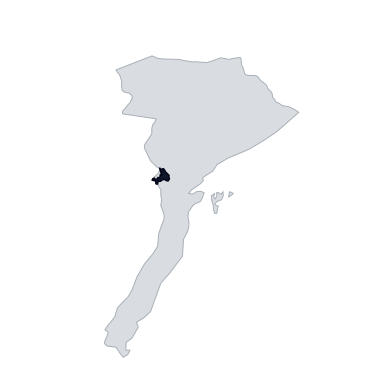 Tsorona, Debub, Eritrea shown in context, rotated 75°
{"feature_id": "51966322B5421024020858", "entity_name": "Tsorona", "entity_type": "district", "adm_level": 2, "iso_a3": "ERI", "parent_name": "Eritrea", "parent_adm1": "Debub", "projection": "mercator", "projection_center": [39.222, 14.605], "detail": "fine", "context": "in_parent", "style": "filled", "palette": "ink", "viewbox_px": 384, "rotation_deg": 75, "n_neighbors": 0, "source": "geoboundaries", "source_scale": "gbopen_adm2", "svg_char_len": 5506}
<svg xmlns="http://www.w3.org/2000/svg" viewBox="0 0 384 384"><g transform="rotate(75 192 192)"><path d="M54.4,233.8L53.0,221.2L52.1,212.8L51.1,203.8L50.2,195.4L54.2,190.2L56.1,185.3L60.9,169.3L62.8,166.1L66.6,157.5L67.1,155.0L70.9,144.1L70.5,136.9L69.8,129.6L71.8,125.3L73.6,121.8L73.5,118.9L74.3,112.1L74.9,110.4L77.1,110.3L81.7,111.2L85.1,110.5L88.9,110.5L91.9,110.3L93.7,108.2L96.1,100.2L97.7,98.6L98.9,98.1L102.4,96.7L105.3,94.3L107.7,92.7L108.6,92.3L111.1,92.1L113.6,91.2L114.8,90.0L118.0,89.1L121.1,89.6L123.2,88.7L124.6,88.0L126.2,88.0L127.6,87.0L128.2,85.6L129.2,84.7L131.6,82.7L132.7,81.1L133.2,79.6L133.7,78.4L134.8,76.4L139.1,71.3L142.7,68.3L155.5,94.1L160.7,109.2L165.3,125.0L168.7,148.7L172.0,160.7L177.2,166.6L180.8,177.8L183.8,178.2L186.0,181.3L189.8,191.8L192.6,195.7L194.0,192.4L193.9,190.4L192.8,187.2L193.8,183.0L195.9,180.5L200.8,183.9L203.4,186.5L204.1,191.7L205.2,194.5L210.3,200.6L214.6,202.3L220.2,202.8L224.8,204.1L228.6,206.3L235.6,212.5L251.5,217.8L264.4,234.3L272.0,245.7L296.8,263.0L301.1,271.2L303.4,279.3L308.6,278.9L317.6,287.8L320.2,294.5L327.5,296.9L328.8,292.9L332.4,296.2L333.8,301.2L329.1,303.3L323.9,305.0L323.2,305.0L321.4,307.3L319.0,313.7L316.3,315.5L314.9,315.7L306.8,309.7L305.5,309.4L303.8,310.6L302.5,311.8L298.7,307.3L296.0,303.3L292.1,298.5L288.4,296.4L284.4,293.7L280.5,287.5L276.5,280.6L270.6,274.9L259.4,266.8L249.2,256.5L241.5,245.7L236.4,240.1L234.3,238.7L223.9,235.1L216.6,230.2L211.1,226.1L207.6,225.0L204.3,224.9L197.2,225.7L191.3,223.2L188.9,223.2L184.9,222.4L181.8,221.5L178.2,222.6L170.7,224.4L167.7,224.0L166.0,221.5L165.0,219.5L162.4,217.5L160.3,217.5L159.1,219.3L151.3,223.9L138.3,226.4L135.2,226.2L132.9,224.4L126.3,216.6L124.4,215.3L122.9,215.2L119.9,214.2L117.0,212.7L114.5,209.5L112.0,207.7L109.3,214.0L104.5,225.0L102.0,230.9L98.7,238.5L97.7,238.7L96.0,238.2L89.5,228.7L85.4,225.1L82.4,225.5L80.1,227.2L78.7,230.4L77.2,232.3L75.6,233.1L72.0,232.7L66.5,231.2L60.9,231.5L55.1,233.7L54.4,233.8ZM207.7,170.6L209.4,172.9L210.6,172.7L211.6,171.9L212.3,170.3L219.0,173.6L218.6,175.7L214.6,175.8L210.0,174.9L205.7,175.2L200.6,174.3L199.4,170.6L202.7,172.4L204.4,171.9L204.7,171.5L202.4,169.0L199.1,168.5L199.4,166.5L200.8,165.7L201.7,164.8L199.8,162.1L203.5,162.7L205.8,164.3L207.3,166.2L207.7,170.6ZM204.9,153.6L206.3,157.8L202.2,156.2L201.5,155.3L203.3,153.6L203.7,152.6L204.9,153.6Z" fill="#d9dde1" stroke="#a8b0b8" stroke-width="1"/><path d="M170.0,209.9L169.9,209.9L169.1,210.4L168.9,210.5L168.7,210.6L168.3,210.8L167.8,211.1L167.5,211.3L167.3,211.4L167.2,211.5L166.9,211.6L166.5,212.0L166.4,212.0L165.8,212.3L165.4,212.4L165.1,212.4L164.8,212.5L164.7,212.6L164.1,212.8L163.9,212.8L163.0,213.1L162.9,213.1L162.7,213.2L162.5,213.3L162.2,213.5L162.0,213.9L162.0,214.0L162.0,214.3L162.2,214.6L162.3,214.8L162.4,215.0L162.5,215.2L162.5,215.3L162.5,215.5L162.5,215.8L162.4,215.8L162.3,216.0L162.2,216.0L161.9,216.1L161.8,216.3L161.6,216.3L161.4,216.3L161.2,216.5L160.9,216.7L160.9,216.8L160.7,216.9L160.7,217.0L160.8,217.0L161.0,217.2L161.4,217.1L161.5,217.0L161.8,217.0L161.9,216.9L162.0,216.9L162.1,217.0L162.3,217.1L162.5,217.1L162.8,216.9L162.9,217.0L163.0,217.0L163.3,217.2L163.5,217.1L163.8,216.9L164.0,216.9L163.9,216.8L164.0,216.8L164.0,216.7L164.2,216.8L164.2,216.7L164.3,216.7L164.4,216.8L164.6,216.8L164.8,216.9L165.0,216.8L165.1,216.7L165.3,216.6L165.5,216.5L165.7,216.4L165.8,216.5L165.8,216.4L165.9,216.5L166.1,216.5L166.3,216.5L166.5,216.6L166.8,216.5L166.8,216.8L166.9,217.0L167.0,216.9L167.1,217.0L167.2,216.9L167.3,216.9L167.3,217.0L167.3,217.4L167.2,217.7L167.2,217.8L167.2,218.0L167.2,218.3L167.3,218.4L167.5,218.5L167.8,218.4L168.0,218.3L168.1,218.2L168.2,217.9L168.3,217.8L168.4,218.0L168.5,218.0L168.6,218.3L168.8,218.3L168.8,218.5L169.0,218.8L169.1,219.1L169.1,219.3L169.3,219.5L169.4,219.9L169.4,220.0L169.5,220.0L169.6,220.3L169.5,220.5L169.5,220.9L169.6,221.0L169.8,221.3L169.7,221.5L169.8,221.6L170.0,221.9L169.9,221.9L170.0,222.0L170.3,222.2L170.3,222.4L170.4,222.5L170.4,222.9L170.4,223.0L170.5,223.0L170.5,223.3L170.5,223.5L170.6,223.8L170.4,224.0L170.2,224.0L170.0,224.3L169.9,224.4L169.8,224.8L169.7,224.8L169.3,224.9L169.3,225.0L169.2,225.1L169.1,225.3L169.0,225.2L168.9,225.2L169.0,225.3L169.0,225.5L169.1,225.4L169.1,225.6L169.2,225.8L169.3,225.8L169.4,226.0L169.4,226.3L169.5,226.3L169.5,226.5L169.6,226.8L169.8,226.9L169.8,227.0L170.0,227.1L170.2,226.9L170.3,227.0L170.4,226.9L170.4,227.0L170.5,226.9L170.5,226.7L170.7,226.4L170.8,226.4L170.9,225.9L171.0,225.8L171.1,225.6L171.3,225.5L171.3,225.4L171.6,224.9L171.9,224.4L172.4,224.4L172.7,224.4L173.0,224.4L173.6,224.6L174.2,224.5L174.3,224.6L174.6,224.7L174.8,224.5L174.9,224.3L175.2,224.1L175.3,224.0L175.3,223.8L175.3,223.7L175.3,223.4L175.0,223.5L175.0,223.4L174.9,223.3L174.6,222.9L174.4,222.8L174.3,222.6L174.1,222.4L173.8,222.4L173.6,222.5L173.4,222.2L173.2,222.1L172.9,221.8L172.9,221.7L173.0,221.3L173.2,220.9L173.3,220.6L173.3,220.4L173.3,220.2L173.4,219.8L173.5,219.7L173.4,219.3L173.3,219.2L173.2,219.1L173.1,218.9L172.8,218.7L172.7,218.2L172.7,217.8L172.7,217.6L172.7,217.3L172.7,217.2L172.7,216.8L172.7,216.6L172.7,216.4L172.7,216.0L172.7,215.3L172.8,214.9L173.6,214.5L174.0,214.3L174.2,213.9L174.4,213.7L174.6,213.4L174.7,213.2L174.9,212.8L175.0,212.5L175.1,212.3L174.3,211.2L173.8,210.8L173.5,210.6L173.3,210.4L173.1,210.3L172.8,210.3L172.5,210.4L172.4,210.4L172.3,210.5L171.9,210.5L171.6,210.4L171.4,210.4L171.1,210.3L170.9,210.3L170.5,210.0L170.3,210.0L170.2,209.9L170.0,209.9Z" fill="#0f172a" stroke="#020617" stroke-width="1.5"/></g></svg>